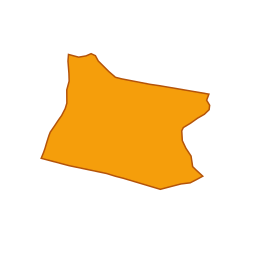 the district of Santa Maria do Cambucá, Pernambuco, Brazil, rotated 121°
{"feature_id": "56859067B44765551907851", "entity_name": "Santa Maria do Cambucá", "entity_type": "district", "adm_level": 2, "iso_a3": "BRA", "parent_name": "Brazil", "parent_adm1": "Pernambuco", "projection": "equal_earth", "projection_center": [-35.886, -7.823], "detail": "fine", "context": "isolated", "style": "filled", "palette": "amber", "viewbox_px": 256, "rotation_deg": 121, "n_neighbors": 0, "source": "geoboundaries", "source_scale": "gbopen_adm2", "svg_char_len": 778}
<svg xmlns="http://www.w3.org/2000/svg" viewBox="0 0 256 256"><g transform="rotate(121 128 128)"><path d="M57.3,76.1L75.6,123.0L79.3,131.8L89.2,158.9L91.0,164.9L89.5,173.5L85.9,188.0L82.8,193.2L83.3,197.9L87.9,201.2L92.7,206.8L95.6,216.9L101.6,213.9L111.7,206.7L118.1,202.6L126.9,200.1L138.2,193.2L143.8,191.8L151.6,191.3L155.1,191.6L158.5,191.8L163.5,192.0L171.6,192.5L175.1,191.9L180.2,190.7L184.2,189.7L188.4,188.6L192.3,187.8L198.7,186.8L190.6,159.0L188.2,152.1L178.0,122.8L175.8,113.8L173.5,106.1L163.9,68.7L155.5,60.5L148.6,53.7L143.0,46.5L137.4,43.0L130.8,39.1L128.9,48.2L127.8,52.7L119.6,59.5L115.5,68.0L110.9,74.9L102.7,80.5L99.1,80.8L91.5,76.8L83.7,73.4L76.9,69.6L70.5,67.9L66.5,69.7L63.7,74.9L57.3,76.1Z" fill="#f59e0b" stroke="#b45309" stroke-width="1.5"/></g></svg>